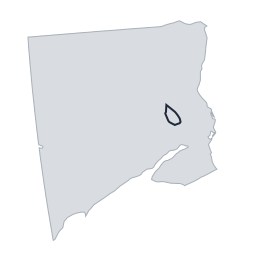 Egypt, with Al Fayyum highlighted, rotated 83°
{"feature_id": "EGY-1542", "entity_name": "Al Fayyum", "entity_type": "Governorate", "adm_level": 1, "iso_a3": "EGY", "parent_name": "Egypt", "parent_adm1": "", "projection": "orthographic", "projection_center": [30.723, 29.357], "detail": "fine", "context": "in_parent", "style": "outline", "palette": "slate", "viewbox_px": 256, "rotation_deg": 83, "n_neighbors": 0, "source": "natural_earth", "source_scale": "10m", "svg_char_len": 3264}
<svg xmlns="http://www.w3.org/2000/svg" viewBox="0 0 256 256"><g transform="rotate(83 128 128)"><path d="M230.4,215.9L224.7,216.2L219.1,216.4L213.5,216.7L207.8,216.9L202.2,217.2L196.5,217.4L190.9,217.6L185.2,217.8L179.6,217.9L173.9,218.1L168.3,218.2L162.6,218.3L157.0,218.4L151.3,218.5L145.7,218.6L140.0,218.6L136.8,218.6L137.3,217.0L137.7,215.8L137.3,215.0L136.2,214.8L135.5,215.1L133.8,218.5L132.9,218.7L130.9,218.7L124.3,218.7L117.7,218.7L111.1,218.6L104.5,218.6L98.0,218.5L91.4,218.4L84.8,218.3L78.2,218.2L71.6,218.0L65.1,217.8L58.5,217.6L51.9,217.4L45.3,217.1L38.8,216.9L32.2,216.6L25.6,216.2L25.8,212.1L26.0,208.0L26.1,203.8L26.3,199.7L26.5,195.5L26.6,191.4L26.8,187.2L27.0,183.1L27.1,178.9L27.3,174.8L27.5,170.6L27.6,166.5L27.8,162.3L28.0,158.1L28.2,154.0L28.3,149.8L28.5,145.6L28.7,141.5L28.9,137.3L29.1,133.1L29.3,129.0L29.5,124.8L29.6,120.6L29.8,116.5L30.0,112.3L30.2,108.1L30.4,104.0L30.6,99.8L30.8,95.6L31.0,91.4L31.2,87.3L31.4,83.1L31.3,82.3L30.6,79.4L29.9,75.8L29.3,71.3L29.2,69.9L28.0,65.2L27.9,63.9L28.4,63.0L31.0,59.3L31.8,57.5L32.5,55.3L32.8,53.5L32.2,50.7L31.5,48.1L31.4,45.5L31.4,43.0L32.7,41.4L34.3,39.8L34.9,38.9L35.8,37.8L36.4,37.3L37.5,39.6L40.0,40.1L48.1,38.5L56.9,40.8L61.8,41.8L69.4,43.7L73.9,46.9L75.2,47.4L78.5,47.4L80.7,49.3L89.3,50.3L94.0,52.4L96.6,54.0L98.2,54.6L99.6,54.5L101.5,53.9L103.9,52.8L106.5,51.3L111.9,47.3L113.8,46.6L115.1,46.8L116.6,46.8L117.2,45.7L118.0,44.9L118.5,44.1L119.3,43.1L122.1,42.8L127.7,41.0L127.1,41.9L122.0,43.8L124.2,44.1L126.4,43.4L128.9,43.0L129.4,42.1L129.7,40.6L130.2,40.4L132.0,40.6L137.2,43.0L138.5,43.1L142.2,41.7L143.0,41.4L144.2,42.1L147.0,45.1L146.0,45.1L143.1,42.5L142.8,43.8L141.2,46.1L143.3,47.0L145.0,47.4L145.9,48.6L146.5,49.7L148.1,49.2L149.3,47.7L148.7,46.8L148.3,46.0L148.8,45.9L150.0,46.6L153.3,49.5L154.5,50.1L155.8,49.9L158.5,49.1L159.2,49.2L162.8,48.1L163.3,48.8L163.9,49.6L166.8,48.7L171.4,48.6L175.1,47.5L179.4,45.1L179.7,44.8L179.9,45.3L180.5,46.9L182.0,50.8L183.2,53.9L184.8,58.1L185.3,59.8L185.5,60.9L187.7,65.6L189.1,69.4L190.1,72.5L191.5,77.1L192.2,78.7L191.3,79.6L189.6,82.6L188.0,92.2L185.4,99.8L185.2,104.4L184.9,106.1L183.6,108.5L182.0,110.9L179.1,109.8L174.4,105.8L171.5,102.0L168.6,99.6L165.8,96.4L165.0,94.0L165.0,92.5L163.7,88.8L162.8,87.0L159.4,83.1L158.4,81.0L157.6,80.1L156.9,78.8L155.6,73.7L154.2,70.4L152.7,71.4L153.0,72.7L151.7,74.6L151.0,76.9L151.6,78.7L154.4,81.4L154.9,82.5L155.6,85.1L155.6,88.7L156.0,89.9L158.1,92.5L158.9,94.0L159.3,95.3L160.0,96.5L162.1,98.8L165.1,103.1L168.0,105.9L170.0,107.3L170.9,108.7L171.2,112.4L171.1,114.1L172.9,117.4L173.6,119.0L175.4,120.3L176.2,121.8L177.0,124.3L178.3,131.7L179.8,133.5L184.8,143.2L188.9,149.2L190.9,153.8L194.0,159.3L200.1,171.4L203.7,175.0L205.1,177.1L207.7,178.7L210.4,180.9L207.9,180.8L207.2,181.0L206.3,181.4L206.0,182.9L205.8,184.1L206.3,190.3L207.1,193.4L209.6,199.3L211.4,201.0L212.3,202.2L213.4,203.0L218.9,204.8L222.2,208.9L229.6,214.1L230.3,215.5L230.4,215.9Z" fill="#d9dde1" stroke="#a8b0b8" stroke-width="1"/><path d="M130.7,81.3L130.0,82.0L129.4,83.2L128.7,84.0L128.4,84.5L127.9,85.3L126.8,86.5L125.5,87.2L118.7,89.1L117.9,89.2L116.8,88.4L109.8,87.1L117.4,79.7L118.6,78.8L121.5,77.1L124.9,75.5L128.3,75.1L129.0,75.7L129.5,76.1L130.7,81.3Z" fill="none" stroke="#1e293b" stroke-width="2"/></g></svg>